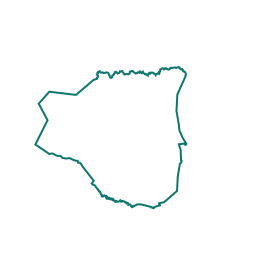 outline of Danli, El Paraíso, Honduras, rotated 228°
{"feature_id": "27666195B70228202857481", "entity_name": "Danli", "entity_type": "district", "adm_level": 2, "iso_a3": "HND", "parent_name": "Honduras", "parent_adm1": "El Paraíso", "projection": "orthographic", "projection_center": [-86.384, 14.061], "detail": "fine", "context": "isolated", "style": "outline", "palette": "teal", "viewbox_px": 256, "rotation_deg": 228, "n_neighbors": 0, "source": "geoboundaries", "source_scale": "gbopen_adm2", "svg_char_len": 5618}
<svg xmlns="http://www.w3.org/2000/svg" viewBox="0 0 256 256"><g transform="rotate(228 128 128)"><path d="M67.6,145.8L68.5,145.8L76.5,152.5L81.9,154.9L78.9,159.2L78.6,159.2L78.0,159.5L77.6,159.2L77.3,159.3L77.0,159.4L76.9,159.8L77.1,160.2L77.0,160.6L77.3,160.8L84.0,162.0L91.6,164.5L96.5,168.0L108.3,175.5L119.9,187.1L128.1,205.7L128.4,205.7L129.4,207.1L129.9,207.4L131.7,207.9L131.9,207.7L132.3,207.3L133.2,207.3L133.4,207.0L133.6,207.0L134.3,207.5L134.9,207.8L135.2,207.8L135.5,207.7L136.1,206.5L136.3,206.4L136.5,206.4L137.0,206.7L137.3,206.8L137.7,206.7L138.1,206.4L138.3,206.4L138.6,206.6L138.9,206.3L139.3,206.4L139.6,206.2L140.5,203.9L141.1,203.7L141.8,203.0L142.1,202.8L142.6,201.7L143.0,201.0L143.8,200.3L144.3,200.0L144.3,199.7L143.9,198.8L143.8,198.4L144.0,198.1L144.1,197.5L144.3,197.0L144.6,196.8L145.3,196.8L145.9,196.4L146.3,196.2L146.8,196.2L147.1,196.2L147.6,195.6L147.3,194.9L147.4,194.0L147.6,194.0L148.3,194.0L148.6,194.0L149.3,193.6L149.5,193.4L149.5,191.9L149.9,191.2L149.4,190.7L149.1,190.1L148.8,189.8L148.6,189.6L148.6,189.3L148.9,188.7L147.9,188.2L147.7,188.1L147.8,187.8L147.6,187.5L148.0,187.5L148.1,187.3L148.5,187.3L148.7,187.1L148.6,186.1L148.7,185.7L149.2,185.3L148.9,184.1L148.8,183.9L149.4,184.0L149.8,184.3L150.1,184.2L150.9,184.0L151.2,183.6L151.4,183.4L151.6,183.5L152.1,183.6L152.5,183.5L153.0,183.2L153.3,182.8L153.7,182.4L153.9,182.0L153.7,181.9L153.7,181.5L153.6,181.2L154.0,181.1L154.1,180.8L153.9,180.3L154.0,180.1L154.5,180.2L154.4,179.9L154.7,179.6L154.5,178.9L154.3,178.5L154.2,178.0L153.9,177.8L154.5,177.6L155.5,177.5L156.4,177.3L156.8,177.0L156.6,176.6L156.9,176.5L157.1,176.5L157.3,176.6L157.8,176.4L158.4,176.4L158.9,176.1L159.4,176.6L159.7,176.7L159.3,175.4L159.3,175.1L159.5,174.9L160.2,174.7L160.6,174.8L160.8,174.6L161.1,174.8L161.4,175.1L161.9,174.8L161.9,174.5L162.2,174.3L161.7,173.5L161.6,173.3L162.3,173.1L162.6,172.6L162.9,172.3L162.7,171.6L162.9,171.2L163.2,170.8L163.2,170.3L163.2,170.2L163.7,170.0L165.5,169.8L166.3,169.5L166.7,169.5L167.2,169.7L167.7,169.3L167.8,169.1L167.9,168.1L168.6,167.4L168.7,167.2L168.5,166.8L167.6,166.1L167.4,165.4L167.5,164.9L167.7,164.3L168.1,164.0L168.4,163.4L169.3,163.0L169.8,162.3L169.9,162.0L169.8,161.5L169.9,161.3L170.2,161.2L171.3,161.1L171.8,161.4L173.2,161.5L174.1,161.9L174.5,161.4L174.6,160.7L174.8,160.3L175.3,160.0L175.5,159.9L174.9,158.8L174.8,158.3L174.9,158.0L175.4,157.2L175.4,156.7L175.8,156.6L177.4,156.9L178.0,156.5L177.9,155.8L178.2,155.5L177.7,154.9L177.8,154.1L177.2,153.6L177.2,153.0L177.1,152.4L177.6,151.7L177.1,151.0L177.0,150.8L176.3,150.2L176.3,149.7L176.5,149.2L176.9,149.0L177.3,148.5L177.7,148.5L178.7,149.0L179.3,149.5L180.1,149.4L181.5,150.1L181.9,150.1L182.4,150.1L183.8,149.2L184.3,147.9L184.7,147.4L185.1,146.7L185.3,146.6L185.7,146.6L186.0,146.6L187.0,145.4L187.2,144.9L187.4,144.7L187.6,144.6L188.4,145.0L188.7,145.1L189.1,145.0L189.4,144.7L189.5,144.4L189.4,143.8L189.7,143.1L189.7,142.8L189.6,142.5L188.9,142.5L188.7,142.3L188.6,142.1L188.6,141.4L188.6,141.2L188.7,140.9L188.6,140.7L187.1,140.5L186.8,140.5L186.5,140.1L186.0,139.7L185.9,139.4L186.1,138.8L185.8,138.7L185.3,137.9L185.3,137.7L185.5,137.5L185.6,137.1L186.0,136.6L186.2,135.5L186.8,134.9L187.4,111.5L207.6,93.8L205.8,77.9L204.8,77.7L187.6,73.4L180.5,55.2L177.7,48.1L161.3,52.2L161.0,52.5L160.7,53.3L160.4,53.8L159.4,54.9L159.0,55.2L158.7,55.2L156.6,55.9L155.7,56.3L155.0,56.6L153.9,57.3L153.7,57.7L153.0,58.6L152.0,59.2L151.5,59.4L150.7,59.2L149.7,59.2L146.9,61.4L145.9,62.6L145.6,63.5L144.9,63.9L144.6,64.3L144.0,65.0L142.6,65.2L141.8,65.7L140.8,66.0L140.0,66.5L138.7,67.2L137.9,68.1L137.3,68.6L135.6,67.7L134.5,68.9L134.2,69.1L133.7,69.1L131.2,68.9L130.4,68.5L111.8,67.2L110.9,63.9L110.4,64.0L109.8,63.8L109.5,64.0L109.2,64.3L108.6,64.4L108.4,64.6L108.1,64.6L107.7,64.9L107.0,65.0L105.8,64.6L105.1,64.7L104.4,64.6L104.0,64.4L103.2,64.7L102.4,64.5L101.5,64.2L101.3,64.2L100.9,64.5L100.7,64.4L100.5,64.1L100.1,64.0L99.6,64.4L99.4,64.5L99.0,64.3L98.6,64.3L98.1,64.0L97.6,63.9L97.3,63.6L97.0,63.5L95.7,63.8L95.3,63.4L95.0,62.9L94.8,62.8L94.3,62.9L94.0,63.3L93.9,63.6L93.9,64.7L93.7,65.4L93.4,65.5L92.6,65.4L92.4,65.4L92.3,66.2L92.1,66.4L91.7,66.3L90.9,66.5L90.6,66.4L90.5,66.2L91.0,65.7L91.0,65.2L90.7,65.0L89.9,65.0L89.8,65.8L89.7,66.0L89.4,66.0L89.1,65.8L88.7,65.7L88.4,66.0L89.1,66.9L89.0,67.1L88.9,67.3L87.6,67.8L87.1,67.7L86.8,67.2L86.5,67.3L86.0,67.8L86.5,68.1L86.6,68.6L86.1,68.9L85.7,69.4L85.2,69.3L84.9,69.4L84.7,69.3L84.8,68.6L84.8,68.4L84.6,68.3L84.1,68.5L84.1,68.9L83.2,69.0L82.9,69.5L82.7,69.4L82.1,69.1L81.3,69.3L81.2,69.4L81.2,69.6L81.7,70.1L81.5,70.5L81.3,70.7L80.8,70.5L80.4,70.7L80.2,70.9L80.0,71.3L79.7,71.5L79.5,71.8L79.4,73.0L79.4,73.8L79.4,74.0L79.1,74.0L78.4,73.5L78.0,73.5L77.3,74.2L77.6,74.8L77.5,75.1L76.2,75.8L75.7,76.2L75.5,76.3L75.2,76.0L74.6,76.1L74.3,76.3L74.1,76.8L73.8,77.0L73.5,76.9L73.1,76.5L72.8,76.5L72.6,76.8L72.7,77.3L72.4,77.7L71.6,77.5L70.9,76.9L70.7,76.8L70.5,77.5L69.8,78.4L69.5,78.6L69.3,78.6L68.5,78.1L67.6,78.1L66.7,77.9L66.4,78.0L66.2,78.3L66.2,78.6L66.4,79.0L66.8,79.4L66.8,79.7L66.6,80.0L65.9,80.2L65.9,80.6L65.7,80.9L65.6,81.6L65.4,82.1L65.2,83.3L65.0,83.7L63.6,85.5L63.2,85.8L61.5,87.3L54.1,92.2L53.7,92.0L53.5,92.3L53.1,92.4L53.0,92.6L52.6,92.7L52.4,93.0L51.9,93.0L51.8,93.4L51.4,93.5L51.5,93.8L51.3,94.1L51.4,94.6L51.5,94.7L51.2,95.1L51.1,96.0L50.9,96.3L50.8,96.7L50.6,97.0L50.2,97.6L50.1,97.8L50.0,98.0L50.0,98.5L49.9,98.8L49.1,99.9L49.4,100.1L49.9,100.2L50.3,100.4L50.9,100.4L51.3,100.7L48.7,105.3L48.4,122.3L58.8,132.7L66.8,142.8L66.6,143.4L66.6,143.9L66.8,144.4L67.1,144.7L67.2,145.0L67.5,145.3L67.6,145.8Z" fill="none" stroke="#0f766e" stroke-width="2"/></g></svg>